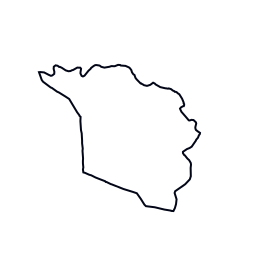 outline of Concepción Tutuapa, San Marcos, Guatemala, rotated 238°
{"feature_id": "79465075B54986860813663", "entity_name": "Concepción Tutuapa", "entity_type": "district", "adm_level": 2, "iso_a3": "GTM", "parent_name": "Guatemala", "parent_adm1": "San Marcos", "projection": "albers", "projection_center": [-91.85, 15.29], "detail": "fine", "context": "isolated", "style": "outline", "palette": "ink", "viewbox_px": 256, "rotation_deg": 238, "n_neighbors": 0, "source": "geoboundaries", "source_scale": "gbopen_adm2", "svg_char_len": 2191}
<svg xmlns="http://www.w3.org/2000/svg" viewBox="0 0 256 256"><g transform="rotate(238 128 128)"><path d="M222.5,82.1L214.4,80.3L212.2,80.5L203.4,83.9L202.3,84.7L196.2,87.2L195.0,88.1L187.9,91.6L183.8,93.5L168.3,93.2L164.7,93.5L164.1,93.3L162.6,93.7L159.1,91.3L151.1,87.0L148.0,85.9L142.0,82.6L141.3,82.2L139.4,81.0L134.5,78.7L132.7,77.3L125.9,73.7L124.1,72.4L122.0,71.1L118.2,69.2L116.7,67.8L114.0,66.6L112.7,67.8L109.1,70.2L107.3,71.8L103.3,74.2L99.5,77.0L95.0,80.4L94.1,80.5L93.7,81.1L89.5,83.7L89.0,84.2L78.7,91.8L71.3,98.2L68.0,100.9L61.1,101.3L54.3,101.3L52.2,101.8L46.6,108.7L39.6,115.6L35.2,120.6L34.8,120.7L33.5,122.5L35.3,125.4L38.0,128.4L41.8,131.4L48.2,133.1L49.4,134.5L50.0,146.7L51.7,153.2L53.8,155.7L61.0,160.0L63.5,162.0L65.1,162.7L68.4,162.8L70.5,162.2L74.7,161.7L75.4,161.3L77.6,161.3L78.7,162.0L78.9,166.8L78.4,169.6L78.4,172.1L81.3,178.8L81.9,179.6L82.7,182.2L84.2,184.2L84.8,185.7L85.7,186.5L88.1,185.4L90.3,184.6L91.6,184.8L93.0,185.5L95.6,188.2L96.8,188.6L100.0,187.8L101.3,186.1L101.7,184.3L102.3,183.6L106.5,183.0L113.4,181.9L116.0,182.2L116.9,182.4L117.4,183.9L117.3,186.5L117.0,186.9L117.5,187.6L118.5,188.3L119.6,188.3L120.1,188.7L124.2,189.4L129.4,189.4L131.1,188.6L132.7,188.2L133.4,187.6L134.0,186.8L134.7,186.8L136.1,185.8L137.1,185.5L138.3,185.0L140.0,183.5L140.1,182.8L141.3,181.5L141.9,180.7L145.6,177.0L147.0,176.3L150.3,174.5L151.5,174.3L153.1,173.3L152.8,169.8L153.3,167.7L153.7,166.4L154.8,165.3L155.9,164.2L157.3,163.6L157.8,163.2L159.0,162.7L159.1,162.3L164.6,161.1L166.6,160.9L169.6,161.6L170.7,161.0L173.1,160.9L175.4,161.5L177.7,161.3L178.9,160.9L182.0,158.8L184.8,155.0L185.6,154.7L186.8,153.0L187.4,149.6L187.8,148.9L189.3,146.7L189.8,144.6L191.7,140.0L194.1,137.7L195.1,137.4L196.1,136.9L198.1,134.6L198.7,133.5L198.8,131.9L198.5,128.6L198.0,127.6L197.5,124.8L195.4,118.8L195.6,117.1L196.8,116.3L199.4,116.6L200.5,117.3L203.1,119.6L204.4,119.5L206.1,117.0L206.3,112.2L206.7,111.0L206.8,109.4L207.7,107.6L209.9,105.7L214.1,103.8L216.0,102.6L216.2,102.0L218.1,101.3L219.5,99.8L219.3,97.6L217.6,96.3L214.6,95.3L213.0,94.1L212.7,91.7L213.1,90.3L215.0,89.0L219.6,86.3L221.9,83.3L222.5,82.1Z" fill="none" stroke="#020617" stroke-width="2"/></g></svg>